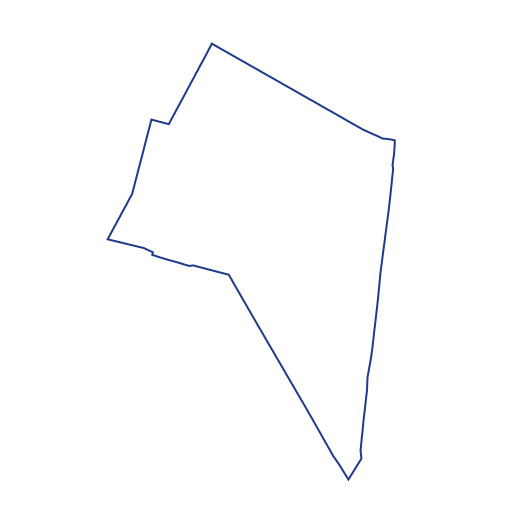 Texcalyacac, México, Mexico, rotated 13°
{"feature_id": "50627088B38447053181428", "entity_name": "Texcalyacac", "entity_type": "district", "adm_level": 2, "iso_a3": "MEX", "parent_name": "Mexico", "parent_adm1": "México", "projection": "orthographic", "projection_center": [-99.508, 19.124], "detail": "fine", "context": "isolated", "style": "outline", "palette": "blue", "viewbox_px": 512, "rotation_deg": 13, "n_neighbors": 0, "source": "geoboundaries", "source_scale": "gbopen_adm2", "svg_char_len": 3722}
<svg xmlns="http://www.w3.org/2000/svg" viewBox="0 0 512 512"><g transform="rotate(13 256 256)"><path d="M166.2,59.3L165.2,59.0L164.1,63.4L163.5,65.6L163.1,67.2L162.1,71.1L161.7,72.6L160.4,77.4L160.3,77.7L159.4,80.9L158.9,82.7L157.6,87.5L157.6,87.8L156.3,92.2L155.5,95.5L155.3,96.2L154.2,100.0L154.0,100.7L152.5,106.4L152.0,108.1L151.8,108.7L151.2,111.1L150.2,114.8L149.9,115.9L148.9,119.6L147.8,123.6L147.7,123.8L147.0,126.6L146.9,126.7L146.0,130.2L145.6,131.5L144.6,135.4L143.4,139.6L143.1,140.6L142.1,144.3L141.6,146.3L141.4,147.1L140.6,147.1L140.0,147.1L139.3,147.1L138.6,147.1L138.3,147.1L137.6,147.0L137.2,147.0L136.5,147.0L135.9,147.0L135.3,147.0L134.7,147.0L134.2,146.9L133.8,146.9L133.4,146.9L133.0,146.9L132.2,146.9L131.4,146.9L131.0,146.9L130.6,146.9L129.7,146.8L123.4,146.6L123.2,156.1L123.0,160.9L122.8,169.5L122.6,177.8L122.5,183.0L122.3,188.1L122.2,193.2L122.0,198.3L121.9,204.1L121.7,209.9L121.6,215.7L121.4,221.5L121.4,222.3L121.4,222.8L121.4,223.2L120.3,227.1L118.9,232.2L117.8,236.4L116.4,241.3L115.1,245.9L114.3,249.2L113.2,252.9L112.5,255.6L110.9,261.3L109.3,267.2L107.7,273.1L108.1,273.1L117.2,273.2L126.3,273.3L135.8,273.4L145.0,273.5L154.7,275.6L154.7,278.3L157.6,278.5L159.1,278.6L159.7,278.7L160.8,278.8L162.5,278.9L163.2,279.0L165.1,279.1L165.9,279.1L168.0,279.3L170.2,279.4L172.3,279.6L172.5,279.6L173.7,279.6L174.5,279.6L175.6,279.7L176.1,279.7L177.0,279.7L178.4,279.8L179.6,279.8L184.2,280.1L187.9,280.4L193.2,280.7L196.7,279.4L197.8,279.3L199.4,279.4L202.1,279.5L204.1,279.5L209.0,279.7L217.1,279.9L222.6,280.1L228.1,280.2L233.7,280.4L237.1,284.0L240.4,287.7L243.8,291.3L247.2,295.0L250.6,298.6L254.0,302.3L257.4,305.9L260.8,309.6L264.2,313.2L267.6,316.9L271.0,320.5L274.4,324.2L277.8,327.8L281.3,331.5L284.7,335.2L288.2,338.9L291.7,342.6L295.2,346.3L298.6,350.0L302.1,353.7L305.6,357.4L309.1,361.1L312.5,364.8L316.0,368.5L319.5,372.2L323.0,375.9L326.4,379.6L329.9,383.3L333.4,387.0L336.9,390.7L340.3,394.4L343.9,398.3L347.5,402.1L351.0,406.0L354.6,409.9L358.2,413.8L361.7,417.7L365.3,421.6L368.9,425.5L372.5,429.4L376.0,433.3L381.0,437.8L385.9,442.4L391.1,447.7L396.3,453.0L398.3,447.2L400.3,441.4L402.3,435.5L404.3,429.7L401.6,421.9L400.9,416.1L400.1,410.4L399.4,404.7L398.7,398.9L397.9,393.2L397.3,388.1L396.8,383.0L396.2,377.9L395.6,372.8L395.0,367.7L394.5,362.7L393.2,355.8L391.9,348.9L391.7,343.7L391.4,338.4L391.2,333.2L390.8,327.7L390.4,322.3L389.8,317.0L389.2,311.7L388.1,302.7L387.6,297.4L387.0,292.2L386.4,286.9L385.8,281.7L385.2,276.4L384.6,271.2L383.9,265.8L383.2,260.4L382.5,255.0L381.7,249.5L381.0,244.1L380.5,238.7L380.0,233.2L379.4,227.8L378.9,222.4L378.4,216.9L377.9,211.5L377.3,206.1L377.0,202.8L376.5,197.5L376.1,193.5L376.1,193.2L376.0,192.3L375.9,191.7L375.9,191.2L375.8,190.7L375.8,190.2L375.8,189.7L375.4,186.3L375.3,185.1L375.2,184.0L375.1,183.1L375.1,182.8L375.0,182.1L375.0,181.7L374.9,181.1L374.8,180.2L374.8,179.7L374.5,177.4L374.3,175.7L374.2,174.5L373.5,168.7L373.0,164.6L372.2,158.1L371.9,155.4L371.6,152.9L371.3,151.1L371.1,149.3L370.3,142.3L370.1,140.5L369.6,139.3L368.5,136.3L368.5,135.5L368.3,133.9L368.2,132.4L367.9,129.5L367.8,127.9L367.7,126.6L367.5,125.5L367.1,122.7L366.0,115.6L365.2,112.1L363.7,112.1L360.8,112.1L357.5,112.5L357.1,112.5L352.9,113.1L351.9,112.9L349.2,112.2L348.2,112.0L342.9,111.0L337.6,109.9L332.2,108.9L327.3,107.4L322.3,105.9L317.4,104.5L312.4,103.0L307.5,101.5L302.5,100.0L297.6,98.5L292.6,97.1L287.7,95.6L282.7,94.1L277.8,92.6L272.8,91.2L267.9,89.7L262.9,88.2L258.0,86.7L253.0,85.2L248.1,83.8L243.1,82.3L238.2,80.8L233.2,79.3L228.3,77.9L223.3,76.4L218.4,74.9L213.4,73.4L208.2,71.9L203.0,70.3L197.8,68.8L192.6,67.2L187.7,65.8L182.9,64.3L178.0,62.9L171.7,61.0L166.2,59.3Z" fill="none" stroke="#1e3a8a" stroke-width="2"/></g></svg>